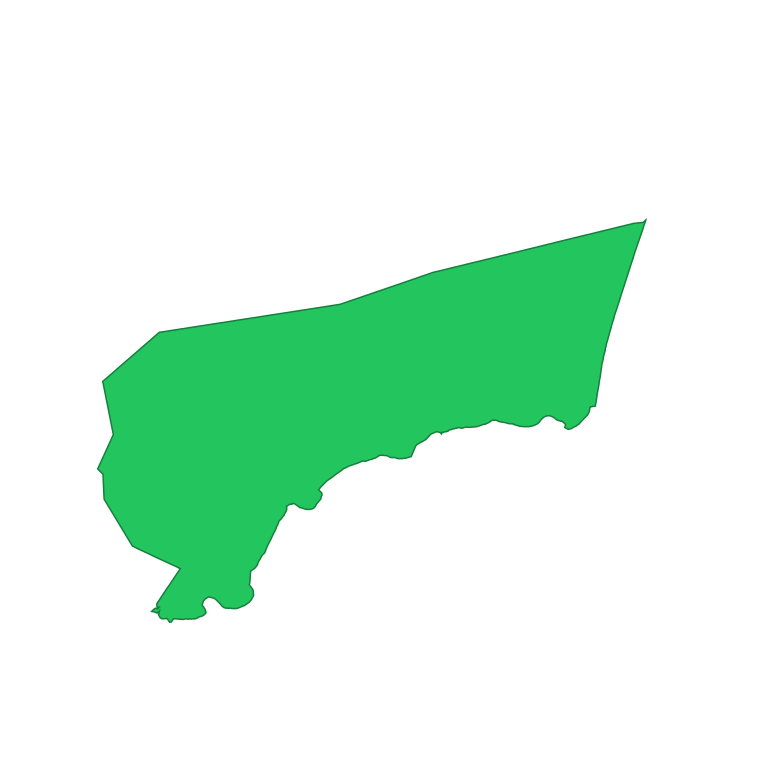 the district of Santa María Huazolotitlán, Oaxaca, Mexico, rotated 245°
{"feature_id": "50627088B3562448791337", "entity_name": "Santa María Huazolotitlán", "entity_type": "district", "adm_level": 2, "iso_a3": "MEX", "parent_name": "Mexico", "parent_adm1": "Oaxaca", "projection": "equal_earth", "projection_center": [-97.973, 16.191], "detail": "fine", "context": "isolated", "style": "filled", "palette": "green", "viewbox_px": 768, "rotation_deg": 245, "n_neighbors": 0, "source": "geoboundaries", "source_scale": "gbopen_adm2", "svg_char_len": 5231}
<svg xmlns="http://www.w3.org/2000/svg" viewBox="0 0 768 768"><g transform="rotate(245 384 384)"><path d="M505.2,130.2L476.2,123.1L452.5,117.3L428.0,88.6L421.0,91.2L398.0,81.7L397.5,81.7L366.6,85.0L343.5,87.5L338.7,91.3L328.1,100.2L325.3,102.4L314.0,112.0L307.8,117.2L307.7,117.4L305.9,118.8L305.7,119.0L304.3,120.2L304.1,120.1L302.8,121.4L297.7,113.0L296.8,111.5L292.8,105.0L289.7,99.6L286.0,93.6L280.8,85.2L277.9,84.0L276.8,86.0L275.9,83.8L277.4,82.1L277.0,79.9L276.6,78.8L276.1,77.3L275.0,78.8L275.0,79.0L272.3,81.5L273.2,84.5L270.4,82.2L266.8,82.3L265.0,83.5L263.0,88.4L258.7,89.0L258.2,90.5L260.2,94.2L255.5,102.4L255.0,105.1L254.5,105.7L254.1,106.3L253.7,106.9L253.3,108.1L252.9,109.4L252.3,110.2L252.1,111.1L251.5,112.3L251.0,113.6L250.8,115.3L250.8,116.5L251.1,118.4L250.9,119.1L250.6,120.0L250.6,121.4L250.6,122.7L251.1,124.1L251.3,125.0L251.6,125.6L252.0,126.0L252.9,126.3L255.5,126.6L258.1,126.3L259.5,126.0L261.0,125.9L261.9,127.1L263.5,128.4L264.6,130.9L264.8,131.7L265.2,135.0L264.1,136.6L262.8,138.0L261.2,139.8L258.7,140.9L255.9,141.9L255.5,142.1L254.7,142.3L254.3,142.4L253.8,142.7L253.1,142.9L252.6,143.0L251.7,143.1L251.0,143.4L250.3,143.8L249.3,144.2L248.6,144.9L248.2,145.5L247.5,146.1L247.4,146.3L247.3,147.2L246.6,147.9L246.1,149.3L245.5,150.4L244.9,151.1L244.6,151.7L244.1,152.5L243.5,154.0L242.7,155.6L242.3,162.6L242.3,162.9L242.2,163.6L242.2,164.3L242.3,165.0L242.5,165.8L242.5,166.0L242.6,166.5L243.3,170.1L244.3,172.0L244.6,172.7L247.5,176.5L252.7,178.3L256.1,177.7L259.1,177.1L260.7,178.5L270.7,184.0L271.7,189.3L273.2,192.2L273.2,192.3L274.3,193.5L275.3,194.4L276.3,195.5L276.6,196.1L276.9,196.5L277.6,197.6L278.0,198.1L279.4,200.0L280.2,201.1L280.6,202.2L281.4,204.5L282.5,205.8L283.0,206.3L283.9,207.1L285.8,209.2L286.5,209.9L287.8,211.5L291.0,215.8L292.0,216.9L294.8,220.3L295.5,221.0L296.0,221.8L296.5,222.5L297.6,223.8L298.8,225.3L300.0,226.3L301.3,228.1L302.3,229.2L303.8,230.6L304.7,232.3L305.1,233.9L306.4,236.0L307.1,237.8L307.7,238.2L308.0,238.5L308.6,239.3L309.1,240.2L309.8,241.2L310.5,242.0L311.3,242.8L311.5,242.8L313.9,244.0L314.3,243.8L314.7,246.6L314.7,248.1L314.0,249.6L314.5,249.9L313.7,251.9L313.6,252.1L309.1,254.7L309.0,254.8L307.3,255.6L306.9,256.7L306.6,256.9L303.7,259.9L302.1,262.7L301.7,263.9L301.2,265.7L301.1,267.7L301.9,269.7L303.9,272.5L305.9,276.9L306.7,278.4L308.2,279.2L309.6,281.0L311.7,281.5L315.8,280.0L317.6,283.9L320.3,291.2L321.4,297.5L321.9,299.7L322.7,303.2L322.9,304.7L323.5,307.9L323.9,310.0L324.4,311.4L324.3,314.5L324.4,317.9L324.4,318.0L323.9,322.3L323.8,323.9L323.8,324.0L323.5,325.5L323.4,326.9L323.3,328.8L323.4,330.2L323.4,330.4L323.2,332.4L322.3,333.6L321.9,334.3L321.6,336.2L321.3,339.7L320.8,341.3L321.0,342.2L320.9,343.1L320.6,343.9L320.6,344.8L320.7,345.9L320.8,347.1L320.8,348.0L321.3,349.2L320.7,351.2L318.3,355.5L317.1,357.0L316.5,357.6L314.9,358.5L313.7,360.5L313.2,361.8L313.2,362.1L310.8,364.9L310.2,365.5L309.7,366.8L308.7,368.9L307.6,372.4L307.0,376.0L306.8,378.1L314.5,386.6L315.2,388.6L315.5,391.7L315.7,395.3L316.0,398.4L318.7,405.0L318.7,410.3L318.2,412.1L316.2,414.4L314.4,415.0L315.7,416.2L315.4,416.3L314.9,417.6L315.2,418.4L314.6,419.9L314.4,420.2L314.4,420.4L314.5,420.8L314.4,421.2L314.4,421.3L314.2,421.8L314.3,422.2L314.4,422.6L314.7,423.1L314.7,423.6L314.6,424.1L314.6,424.3L314.6,424.7L314.5,425.0L314.4,425.1L314.2,426.3L314.2,426.9L314.4,426.9L314.0,428.5L313.7,429.3L313.5,429.8L313.4,430.2L313.5,430.3L313.4,430.9L313.2,431.3L313.4,431.7L313.1,433.0L310.9,436.0L310.4,439.8L308.4,443.7L307.9,445.1L306.4,449.1L306.3,449.7L305.9,451.3L305.7,453.4L305.4,456.9L304.8,458.7L304.8,463.1L305.4,466.0L305.3,466.9L303.9,470.2L301.3,472.4L299.4,475.1L298.1,477.1L295.0,480.8L293.1,484.6L292.6,484.4L291.6,485.5L290.3,487.0L289.6,487.8L288.3,489.0L287.3,491.0L286.4,492.4L285.3,494.7L284.3,496.8L283.9,498.3L283.1,501.6L283.0,503.5L283.1,506.7L283.4,507.5L283.8,508.7L284.7,510.0L285.0,510.8L285.8,512.8L286.6,515.8L286.3,518.0L285.4,520.4L285.1,520.9L282.8,523.1L281.0,524.2L278.9,525.1L277.3,526.5L275.2,529.0L275.4,529.3L275.2,529.5L271.6,531.2L270.2,531.3L268.9,530.0L268.2,529.4L265.0,531.8L264.4,534.9L264.7,537.2L264.7,539.1L264.6,540.3L265.0,541.4L265.2,542.3L265.2,543.5L266.1,545.6L267.0,547.7L267.6,549.4L269.9,555.4L272.5,558.8L273.4,559.2L276.0,561.0L275.8,561.5L275.7,562.4L275.6,562.9L275.5,563.3L275.4,563.7L275.3,564.0L275.1,564.7L275.0,565.1L274.9,565.7L274.6,566.2L275.6,566.8L278.1,568.6L282.6,571.6L286.1,573.9L290.0,576.7L292.4,578.4L295.9,580.6L299.0,582.9L301.8,584.7L304.5,586.4L307.5,588.4L309.8,589.8L313.8,593.1L316.4,594.8L319.5,597.4L320.6,598.5L322.4,599.4L323.3,600.1L324.3,601.2L325.6,601.9L326.3,602.5L328.5,604.5L332.2,607.7L335.5,610.4L338.0,612.7L340.5,614.7L342.9,616.8L346.0,619.7L349.4,622.5L352.8,625.8L356.9,629.6L360.5,633.0L364.4,636.5L367.5,639.3L368.6,640.4L370.7,642.4L374.0,645.4L377.2,648.4L379.8,650.8L382.1,653.0L386.1,656.7L388.9,659.2L389.8,660.1L392.3,662.5L394.8,664.7L397.3,667.0L400.3,669.9L403.7,673.1L406.0,675.4L408.7,678.0L410.6,679.9L414.1,683.3L417.5,686.3L419.8,688.6L421.9,690.6L422.1,690.7L420.9,687.4L424.0,678.4L437.0,613.4L450.0,547.6L464.4,475.7L469.2,430.0L474.8,377.8L525.8,202.2L505.2,130.2Z" fill="#22c55e" stroke="#15803d" stroke-width="1.5"/></g></svg>